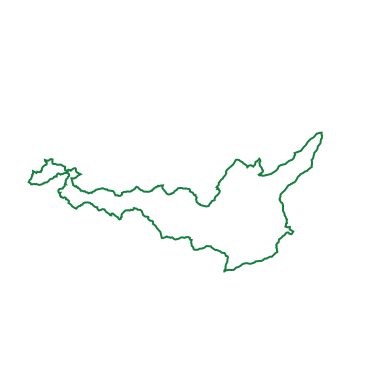 the district of Condesuyos, Arequipa, Peru, rotated 244°
{"feature_id": "86281439B62702709218494", "entity_name": "Condesuyos", "entity_type": "district", "adm_level": 2, "iso_a3": "PER", "parent_name": "Peru", "parent_adm1": "Arequipa", "projection": "robinson", "projection_center": [-72.507, -15.547], "detail": "fine", "context": "isolated", "style": "outline", "palette": "green", "viewbox_px": 384, "rotation_deg": 244, "n_neighbors": 0, "source": "geoboundaries", "source_scale": "gbopen_adm2", "svg_char_len": 6005}
<svg xmlns="http://www.w3.org/2000/svg" viewBox="0 0 384 384"><g transform="rotate(244 192 192)"><path d="M189.8,329.6L187.8,325.5L187.6,321.7L186.2,317.9L184.3,315.0L183.2,311.7L181.3,308.1L182.0,301.2L180.2,301.0L179.7,299.8L178.5,299.2L177.1,296.6L177.4,292.6L176.2,288.1L177.2,284.0L177.1,281.3L175.4,279.4L174.3,276.8L173.6,270.9L175.1,263.9L175.8,262.3L176.7,262.0L177.2,260.1L177.8,259.7L178.3,259.6L178.9,264.1L180.1,265.3L180.5,264.9L183.5,265.2L186.0,264.5L187.5,265.2L188.5,265.2L189.6,266.9L191.1,267.3L192.4,267.0L190.9,264.0L191.3,263.4L191.1,262.2L188.8,260.6L188.5,258.8L188.0,258.3L190.3,256.7L190.7,254.8L190.0,252.6L191.8,252.8L195.7,250.5L196.6,250.5L198.6,248.9L200.0,248.4L201.3,246.7L201.6,245.5L198.7,241.1L196.5,233.0L195.4,231.5L193.8,231.0L192.4,229.1L191.7,227.1L190.6,225.6L190.1,223.1L188.6,220.8L188.6,220.1L186.6,219.1L185.6,216.2L184.3,217.0L183.6,215.9L182.7,217.3L182.0,217.0L180.8,217.5L179.3,216.2L178.0,213.4L177.6,211.1L175.9,209.3L174.8,208.8L175.1,205.5L174.1,204.6L173.8,203.2L172.1,200.7L172.8,198.4L176.7,193.7L177.6,193.8L178.6,192.6L180.1,192.4L180.7,191.8L183.7,192.5L185.0,193.9L186.7,193.3L187.9,193.9L188.6,192.5L191.1,192.4L193.0,190.6L193.9,190.4L194.7,191.2L195.7,190.9L197.6,188.4L199.0,185.5L200.4,184.1L201.5,181.2L200.5,178.9L200.5,177.1L199.4,175.1L199.6,173.9L199.3,172.9L199.7,172.5L199.5,171.7L200.0,169.9L201.0,168.8L208.0,167.2L209.2,167.3L210.7,168.7L211.0,167.4L211.4,167.1L211.8,164.5L212.5,164.2L211.9,162.3L212.2,161.8L211.8,159.0L211.2,158.2L211.4,157.3L210.8,156.8L211.1,153.3L213.5,148.9L215.4,147.9L215.8,147.1L218.6,145.7L219.5,145.7L221.0,144.4L220.7,143.1L220.0,142.6L219.5,138.6L219.7,138.3L219.3,137.5L219.7,136.0L221.0,133.9L220.9,133.1L222.0,130.6L221.7,129.7L221.9,128.6L220.4,127.9L220.0,125.7L220.8,124.1L221.7,123.8L222.6,121.7L226.0,121.8L227.5,121.4L230.3,117.2L231.7,116.8L231.9,115.7L234.5,113.4L236.1,106.6L235.5,104.6L235.7,102.5L235.1,101.6L236.0,100.3L236.2,98.3L237.4,97.9L238.2,96.6L239.7,96.0L240.0,94.9L241.8,93.2L242.0,92.5L243.4,92.6L245.4,91.7L245.7,91.2L246.2,91.4L246.6,90.8L248.1,90.5L248.0,89.5L250.4,88.2L251.1,88.7L252.0,88.6L257.2,89.7L256.0,91.6L255.8,93.9L256.7,96.7L256.8,99.7L259.9,97.3L260.9,96.9L262.4,97.1L263.3,97.7L264.5,97.6L265.1,95.8L264.6,93.1L264.9,92.6L264.4,92.2L266.1,90.9L266.0,89.3L266.9,87.5L268.0,87.6L270.3,89.0L271.9,87.4L274.0,86.3L275.6,82.7L277.3,81.3L277.7,80.1L278.5,79.2L279.6,79.3L282.4,80.9L283.5,79.6L283.1,76.8L283.9,75.2L285.2,73.9L284.3,73.7L283.8,74.3L283.0,73.8L282.4,74.3L281.1,73.9L280.4,73.2L280.6,71.3L279.9,68.7L278.5,67.0L277.6,66.8L277.0,65.8L277.1,65.4L276.3,65.0L276.5,64.0L278.1,61.7L277.3,60.5L280.4,58.3L278.8,57.6L277.5,56.4L277.5,55.7L276.5,55.5L275.7,54.3L274.4,53.4L274.0,51.6L272.4,49.5L270.6,50.8L269.6,50.7L269.0,51.4L268.6,53.4L267.5,54.8L267.4,55.8L266.6,56.3L265.2,58.1L264.7,60.4L265.0,61.4L264.6,62.5L265.1,63.4L264.2,66.0L264.9,68.4L265.5,69.3L265.7,70.7L265.2,72.2L265.4,73.7L266.0,74.4L266.0,75.9L265.4,76.3L265.2,77.2L266.3,77.6L267.2,79.0L267.3,80.1L265.2,81.6L265.4,82.5L264.8,83.6L265.0,85.3L264.3,87.2L264.9,88.0L264.4,89.1L263.3,88.5L262.1,89.2L260.3,88.6L259.9,87.1L259.1,86.3L258.4,84.4L257.4,83.3L256.1,82.9L255.5,81.9L254.6,82.0L254.9,81.7L254.7,81.1L252.9,79.9L252.6,78.1L251.8,77.4L252.8,73.9L252.2,72.8L250.9,72.0L249.5,72.1L249.0,73.4L248.4,72.6L247.5,72.2L246.2,71.8L245.4,72.5L244.9,72.1L243.2,73.6L243.1,75.2L241.8,76.0L240.7,75.5L240.1,76.5L237.8,77.5L236.3,76.1L234.7,77.2L232.7,78.0L231.9,77.9L229.3,79.4L227.7,80.8L228.5,82.1L228.9,84.2L228.4,85.5L229.0,86.5L228.6,88.0L229.4,89.0L229.6,90.8L228.4,93.6L226.8,95.8L225.6,95.9L224.8,97.1L223.7,97.1L220.8,98.5L219.8,100.2L218.8,99.7L216.4,100.0L215.8,101.7L215.9,103.9L214.8,105.6L211.5,106.2L208.8,107.9L207.1,108.2L206.3,109.3L207.8,110.2L207.4,111.4L203.8,112.9L201.7,114.3L199.9,114.3L199.2,114.7L199.0,116.0L200.4,117.0L200.5,118.0L201.5,118.2L202.8,119.1L204.6,123.7L203.6,126.8L202.6,127.8L202.9,129.4L201.7,130.7L202.4,132.5L203.0,132.6L203.0,133.0L202.0,133.7L201.3,134.9L199.9,135.4L198.6,137.7L196.9,138.5L192.5,138.0L190.4,139.2L188.9,141.7L188.4,141.8L187.4,140.9L186.3,141.0L184.6,141.8L183.9,143.0L182.6,144.0L180.2,143.0L177.8,144.4L174.4,144.7L169.9,146.1L164.0,144.7L163.4,145.7L163.1,147.7L163.1,149.9L161.8,150.6L161.2,152.0L160.2,152.7L159.9,154.4L157.6,155.3L156.6,156.2L155.8,159.6L156.0,162.0L155.2,163.9L154.0,165.3L154.0,166.8L153.2,168.8L151.7,170.0L151.0,169.4L149.5,169.6L149.0,170.6L147.2,169.2L143.5,168.2L141.9,168.9L139.8,168.4L139.0,168.9L137.5,172.0L137.7,174.1L136.9,175.8L136.5,178.4L137.1,181.3L134.8,185.2L133.8,185.2L129.7,187.5L129.0,188.9L126.3,191.3L124.3,192.2L123.1,194.3L122.0,194.7L119.8,194.4L118.6,195.8L117.4,195.6L115.9,194.3L114.1,193.4L111.9,190.7L110.1,189.3L108.6,188.8L107.0,186.4L106.5,186.3L106.7,187.6L106.4,189.2L105.6,191.8L104.9,192.6L103.7,195.6L104.7,198.5L104.2,201.0L104.5,203.9L105.0,205.2L104.9,207.4L104.0,210.1L102.0,212.7L101.7,213.6L101.2,217.6L101.8,218.7L99.7,224.0L99.6,226.3L100.3,228.0L99.5,229.7L99.7,233.6L98.8,235.3L100.6,240.5L100.6,242.4L104.4,243.5L105.0,243.3L106.1,244.4L107.4,244.4L108.7,246.4L108.8,247.7L111.2,249.4L111.8,252.8L112.6,254.3L112.6,256.2L113.6,257.9L114.0,259.4L113.4,260.8L111.7,261.3L110.6,262.5L110.7,263.6L112.1,265.7L115.5,263.4L117.7,264.6L118.4,262.3L120.0,260.8L121.1,262.1L122.3,262.6L122.5,263.8L124.1,264.1L125.7,265.4L126.8,265.0L128.7,265.3L130.3,265.0L131.9,265.6L135.3,265.6L140.2,268.0L142.6,268.3L143.6,267.5L146.5,267.3L146.7,267.8L147.7,267.9L149.2,269.6L150.5,270.1L151.4,271.5L152.8,276.1L155.8,281.7L155.5,283.6L155.9,284.4L155.7,286.0L156.0,286.6L155.8,287.8L156.2,289.7L159.4,294.2L159.7,296.1L160.4,297.1L160.4,300.6L160.9,302.2L160.5,304.8L161.1,305.9L162.1,310.8L163.4,311.1L164.0,311.8L166.8,313.2L168.3,313.5L169.1,315.5L173.6,319.1L174.7,322.0L175.8,323.6L177.8,325.1L179.4,328.7L182.9,331.1L183.4,332.3L185.6,333.7L186.7,333.5L188.5,334.5L189.4,332.3L189.4,330.5L189.8,329.6Z" fill="none" stroke="#15803d" stroke-width="2"/></g></svg>